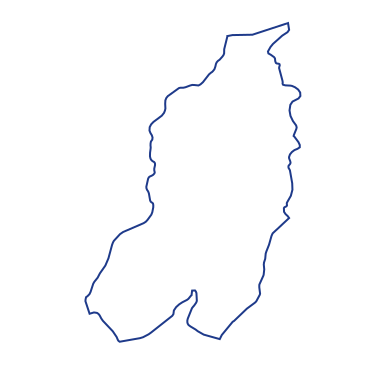 outline of Lobaye, rotated 260°
{"feature_id": "CAF-795", "entity_name": "Lobaye", "entity_type": "Prefecture", "adm_level": 1, "iso_a3": "CAF", "parent_name": "Central African Republic", "parent_adm1": "", "projection": "albers", "projection_center": [17.683, 4.256], "detail": "fine", "context": "isolated", "style": "outline", "palette": "blue", "viewbox_px": 384, "rotation_deg": 260, "n_neighbors": 0, "source": "natural_earth", "source_scale": "10m", "svg_char_len": 3098}
<svg xmlns="http://www.w3.org/2000/svg" viewBox="0 0 384 384"><g transform="rotate(260 192 192)"><path d="M339.4,253.9L339.5,259.1L336.4,278.8L341.7,315.9L334.8,315.8L332.8,313.8L330.3,308.0L323.8,297.5L321.2,294.5L317.2,291.2L315.2,291.3L313.4,293.5L310.5,296.3L309.1,296.9L306.4,296.7L304.6,297.0L303.9,297.7L303.2,299.8L302.6,300.4L301.5,300.4L299.7,299.5L298.8,299.3L286.1,300.4L284.4,300.4L282.9,300.0L281.8,300.3L280.8,302.5L279.7,307.3L279.1,308.9L277.3,311.6L274.5,314.3L271.2,315.8L267.7,315.4L265.6,313.1L263.6,306.7L260.8,304.0L255.4,302.2L249.8,302.2L244.4,303.7L239.5,306.1L237.5,306.3L236.0,305.7L230.4,302.2L229.5,301.8L228.6,302.5L222.6,305.5L219.6,306.3L217.3,305.9L216.2,303.4L215.5,300.2L214.0,297.3L212.0,295.0L209.5,293.6L208.2,293.5L205.1,294.1L203.6,294.1L202.6,293.5L201.1,291.7L200.0,291.3L198.9,291.3L197.1,292.0L196.2,292.2L183.2,292.2L176.8,291.3L171.1,288.7L165.2,283.8L164.5,283.4L162.3,283.2L161.5,282.5L160.9,280.4L160.2,279.7L156.5,279.2L154.0,280.3L151.6,282.1L149.5,283.1L137.3,264.3L136.2,263.5L134.8,262.6L126.7,258.7L120.5,254.9L118.6,253.9L113.5,252.5L109.9,250.6L109.0,250.4L108.1,250.1L103.2,249.7L98.1,248.2L97.3,247.8L89.2,242.3L88.1,242.0L86.3,241.7L80.1,241.4L79.0,240.9L73.4,236.5L72.7,235.7L72.0,234.6L67.6,225.8L57.7,211.0L57.4,210.2L57.1,209.5L46.0,196.5L42.3,193.8L49.5,178.8L53.9,173.5L55.9,171.7L59.9,167.1L61.6,165.5L63.1,164.9L64.5,164.8L66.3,165.1L68.1,165.9L77.6,171.8L78.7,173.0L79.8,174.4L82.2,176.8L83.4,177.6L84.2,177.9L91.7,178.8L93.3,178.5L94.5,177.9L94.9,175.0L91.4,173.9L90.5,173.7L90.1,173.0L87.4,169.9L86.6,168.3L85.1,163.4L83.6,159.9L81.4,156.4L78.5,153.6L75.0,152.5L73.5,151.1L60.8,127.5L59.4,124.6L57.5,118.6L57.1,115.4L57.1,94.8L58.1,93.8L59.2,93.3L62.3,92.6L68.6,89.8L80.6,81.9L82.5,81.0L84.0,80.4L85.1,80.1L86.8,79.5L88.2,78.7L89.4,77.5L90.0,75.8L90.4,74.5L89.9,70.0L103.0,68.1L104.6,68.5L106.8,69.4L107.5,70.9L109.2,73.3L111.3,74.8L118.8,78.8L120.6,80.3L124.0,84.2L127.9,87.2L134.6,93.9L141.2,98.2L153.8,104.1L156.0,105.4L157.5,106.6L163.0,113.8L164.6,117.3L169.7,138.9L170.7,141.3L172.2,143.3L176.7,148.0L179.0,149.4L183.7,151.2L185.8,151.6L187.4,151.6L188.2,151.1L188.9,150.3L189.6,149.7L190.9,149.3L198.1,149.3L200.2,148.9L201.7,148.2L203.4,147.8L205.0,147.9L212.7,151.1L213.9,152.0L214.5,153.0L215.1,155.3L215.7,156.8L216.8,158.2L217.8,158.7L219.9,158.6L221.6,158.9L225.0,160.3L226.7,160.5L228.0,160.0L228.8,159.0L229.7,158.1L230.6,157.5L231.5,157.1L232.3,156.9L234.4,156.8L237.9,157.5L242.0,158.8L243.3,159.1L244.9,159.2L246.9,159.6L248.8,160.3L250.5,162.0L252.5,162.6L254.8,162.3L257.4,161.3L259.9,160.8L263.2,161.6L265.7,163.5L267.7,166.2L272.4,175.5L274.8,178.2L276.9,179.5L278.8,180.3L283.5,180.9L286.9,181.7L289.0,183.0L290.6,184.8L296.6,197.2L296.7,198.6L296.2,201.6L296.3,203.8L297.2,208.7L297.4,210.8L297.0,212.7L295.8,216.9L296.5,219.0L298.2,221.8L304.9,229.2L306.3,231.6L306.7,232.6L307.4,233.6L309.0,235.4L311.5,236.8L313.9,237.8L315.4,238.8L316.6,240.3L317.5,242.2L320.1,245.5L321.4,246.8L322.9,247.7L327.0,248.5L339.2,253.9L339.3,253.9L339.4,253.9Z" fill="none" stroke="#1e3a8a" stroke-width="2"/></g></svg>